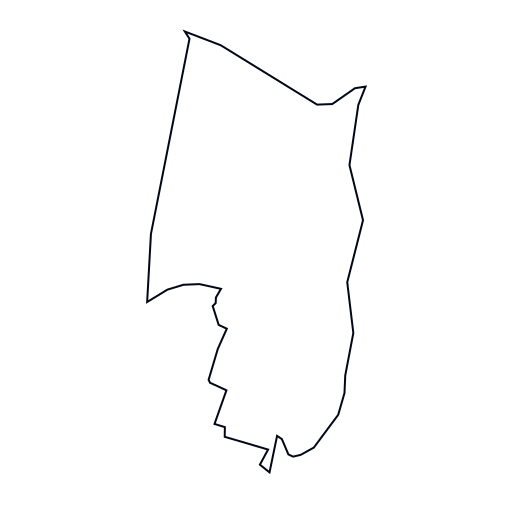 Palmerstown-Fonthill Lea-5, South Dublin, Ireland, rotated 98°
{"feature_id": "5873133B26300601338838", "entity_name": "Palmerstown-Fonthill Lea-5", "entity_type": "district", "adm_level": 2, "iso_a3": "IRL", "parent_name": "Ireland", "parent_adm1": "South Dublin", "projection": "robinson", "projection_center": [-6.384, 53.348], "detail": "fine", "context": "isolated", "style": "outline", "palette": "ink", "viewbox_px": 512, "rotation_deg": 98, "n_neighbors": 0, "source": "geoboundaries", "source_scale": "gbopen_adm2", "svg_char_len": 673}
<svg xmlns="http://www.w3.org/2000/svg" viewBox="0 0 512 512"><g transform="rotate(98 256 256)"><path d="M468.4,212.5L431.2,210.1L433.7,204.9L448.0,196.3L449.5,191.3L446.7,184.1L437.7,172.1L401.8,152.5L379.4,149.3L361.9,151.0L318.7,148.9L269.3,162.0L205.7,155.0L153.0,176.1L92.1,175.7L73.0,171.1L76.1,181.4L94.9,201.6L97.6,216.6L52.2,320.3L43.6,357.7L50.1,352.1L248.8,363.1L316.7,357.4L301.6,339.0L294.6,323.9L291.7,308.1L293.4,286.1L302.6,289.9L308.3,289.4L311.6,291.9L329.4,283.4L332.1,274.8L353.3,280.9L385.2,285.7L387.9,283.9L393.1,266.6L428.1,273.7L429.8,263.0L439.4,261.8L446.0,217.1L462.1,223.1L468.4,212.5Z" fill="none" stroke="#020617" stroke-width="2"/></g></svg>